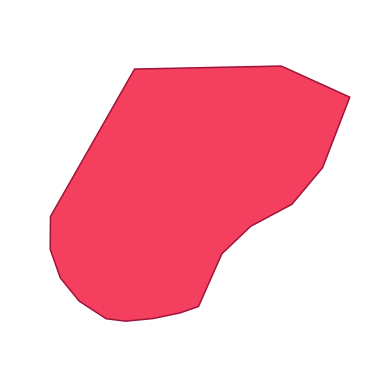 SVG path tracing the border of Saint Anthony, rotated 103°
{"feature_id": "MSR-5087", "entity_name": "Saint Anthony", "entity_type": "Parish", "adm_level": 1, "iso_a3": "MSR", "parent_name": "Montserrat", "parent_adm1": "", "projection": "robinson", "projection_center": [-62.171, 16.712], "detail": "fine", "context": "isolated", "style": "filled", "palette": "rose", "viewbox_px": 384, "rotation_deg": 103, "n_neighbors": 0, "source": "natural_earth", "source_scale": "10m", "svg_char_len": 369}
<svg xmlns="http://www.w3.org/2000/svg" viewBox="0 0 384 384"><g transform="rotate(103 192 192)"><path d="M302.1,159.9L312.4,176.3L324.1,201.6L332.8,227.6L334.8,247.2L323.7,277.4L305.4,300.9L279.7,317.3L247.7,324.4L85.1,275.6L49.2,133.4L64.1,59.6L138.8,70.2L181.5,91.9L212.3,127.2L245.5,149.0L302.1,159.9Z" fill="#f43f5e" stroke="#9f1239" stroke-width="1.5"/></g></svg>